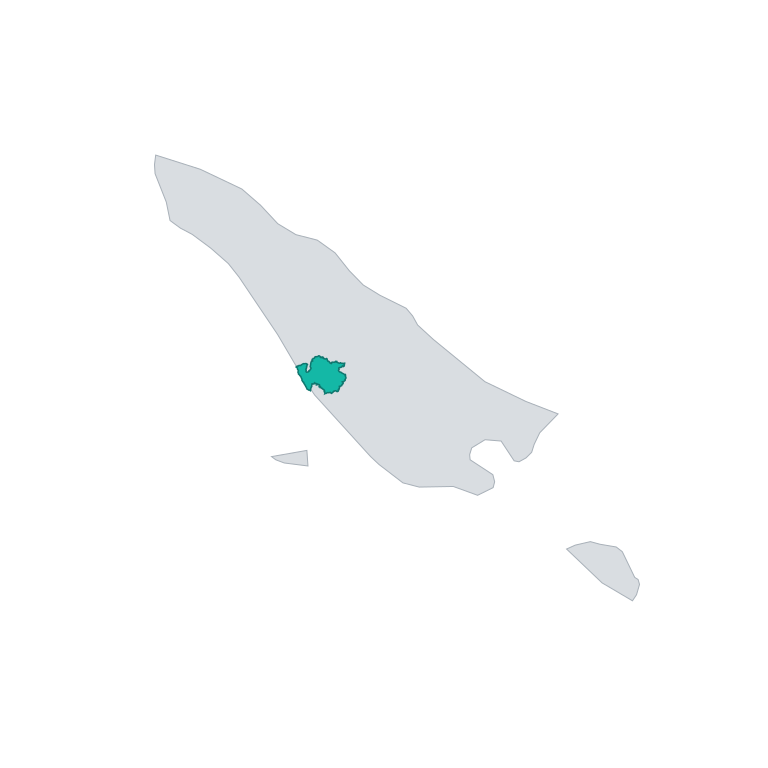 Laclo, Manatuto, East Timor (highlighted), rotated 239°
{"feature_id": "22284137B24782951850467", "entity_name": "Laclo", "entity_type": "district", "adm_level": 2, "iso_a3": "TLS", "parent_name": "East Timor", "parent_adm1": "Manatuto", "projection": "albers", "projection_center": [125.887, -8.591], "detail": "fine", "context": "in_parent", "style": "filled", "palette": "teal", "viewbox_px": 768, "rotation_deg": 239, "n_neighbors": 0, "source": "geoboundaries", "source_scale": "gbopen_adm2", "svg_char_len": 6421}
<svg xmlns="http://www.w3.org/2000/svg" viewBox="0 0 768 768"><g transform="rotate(239 384 384)"><path d="M268.7,517.8L262.0,492.4L254.9,481.6L249.4,475.4L247.5,467.7L247.8,459.7L251.1,456.0L274.8,455.0L284.2,441.9L284.1,426.3L279.3,421.0L274.7,418.8L250.2,430.6L243.2,428.5L239.0,424.2L240.4,406.9L260.5,390.6L277.5,361.1L289.5,349.3L317.5,338.3L328.8,335.1L410.2,318.9L429.6,317.8L481.2,318.3L550.3,314.8L567.4,312.6L589.6,305.5L611.0,296.7L622.4,289.8L634.3,284.8L652.1,291.1L682.2,296.1L690.3,300.3L697.8,306.2L662.7,337.1L624.3,362.6L600.6,370.3L576.1,375.5L557.4,385.4L541.7,400.9L521.6,409.6L498.9,412.6L479.5,417.2L462.0,426.3L437.5,442.0L427.6,443.6L417.2,443.2L396.9,449.2L334.0,471.7L296.0,496.6L268.7,517.8ZM70.2,485.3L101.2,468.5L148.5,455.5L147.4,464.9L142.6,479.7L135.4,486.6L124.7,499.1L117.5,501.9L89.1,499.3L85.5,501.1L80.6,499.8L73.3,491.9L70.2,485.3ZM379.7,250.2L366.8,283.7L352.9,276.6L367.7,257.8L374.8,252.2L379.7,250.2Z" fill="#d9dde1" stroke="#a8b0b8" stroke-width="1"/><path d="M443.8,317.4L443.5,317.5L443.1,318.0L442.9,318.0L442.4,318.0L442.0,317.8L441.9,317.7L441.4,317.6L440.9,317.4L440.8,317.5L440.4,317.5L440.1,317.6L439.9,317.6L439.4,317.4L439.1,317.1L438.8,316.6L438.4,316.3L438.0,316.2L437.8,316.3L437.5,316.3L437.2,316.1L436.5,315.8L436.0,316.1L435.4,316.2L434.8,316.1L434.6,316.3L434.0,316.3L433.6,316.5L433.4,316.6L432.5,316.4L432.1,316.2L431.7,316.3L431.0,316.2L430.3,316.2L429.8,315.7L429.1,315.5L428.6,315.6L428.2,315.6L427.6,315.5L427.4,315.7L427.0,316.0L426.7,316.0L426.3,315.9L425.9,315.8L425.6,315.6L425.3,315.7L424.9,315.7L424.4,315.8L423.8,315.7L422.9,315.8L422.3,315.6L422.0,315.7L419.4,315.5L419.2,315.4L419.1,315.5L418.0,316.2L417.7,316.2L417.6,316.4L417.2,316.9L416.1,317.5L416.4,317.8L416.6,318.0L417.0,318.1L417.2,318.4L417.7,318.7L417.8,318.9L418.3,319.5L418.6,319.7L418.7,320.2L419.1,320.4L419.1,320.8L419.9,321.2L420.5,321.8L421.2,322.2L421.1,322.7L420.7,322.8L420.4,323.3L420.5,323.5L420.4,324.0L420.4,324.4L420.5,324.5L420.7,324.8L420.3,324.8L419.9,324.9L420.1,325.2L420.0,325.6L419.3,325.8L419.3,326.1L419.1,326.2L419.0,326.4L418.8,326.4L418.6,326.5L418.5,326.8L418.3,326.8L417.9,326.1L417.8,326.5L417.7,326.6L417.6,327.4L417.4,327.5L417.3,327.8L417.2,327.9L416.8,328.0L416.6,328.3L416.2,328.2L415.9,327.9L415.8,327.5L415.4,327.1L415.0,327.0L414.8,328.0L414.6,328.2L414.2,328.1L413.9,328.1L414.2,327.8L414.2,327.7L413.9,327.5L413.7,328.0L413.4,327.9L413.3,328.0L412.8,328.2L412.6,328.4L412.3,328.4L411.9,328.6L411.9,328.8L411.5,328.8L411.3,329.0L410.8,329.0L410.6,329.2L410.0,329.3L409.8,329.4L409.8,329.6L409.5,329.6L409.3,329.6L409.2,329.5L409.0,329.4L408.8,329.5L408.3,329.4L408.2,328.8L407.8,328.8L406.8,328.8L406.5,328.6L406.2,328.3L406.2,328.7L406.0,329.0L405.8,329.3L405.8,330.1L405.8,330.4L405.8,330.8L405.7,331.2L405.4,331.5L405.2,331.8L404.9,332.4L404.7,332.8L404.6,333.6L404.3,333.8L403.3,333.9L403.0,334.1L402.9,334.3L403.2,335.2L403.2,335.7L403.2,335.8L403.2,336.0L403.3,336.1L403.4,336.5L403.6,336.8L403.5,337.1L403.7,337.4L403.6,337.7L403.4,337.8L403.4,338.0L403.5,338.2L403.3,338.5L403.2,339.0L402.9,339.3L402.1,339.5L401.6,339.9L401.5,340.2L401.4,340.9L401.8,341.1L401.9,341.7L402.2,341.8L402.3,341.9L402.5,342.1L402.5,342.3L402.9,342.2L403.0,342.7L403.2,343.0L403.1,343.3L403.5,343.6L403.6,343.8L404.0,344.1L404.1,344.3L404.6,344.3L405.0,344.5L404.8,344.9L404.7,345.2L404.5,345.6L404.5,346.3L404.4,346.8L404.4,347.0L404.9,347.3L405.1,347.5L405.2,348.0L405.2,348.6L405.3,348.8L405.5,348.6L405.7,348.8L405.7,349.3L405.9,349.5L406.1,349.5L406.5,349.7L407.0,349.6L407.3,349.4L407.3,349.6L407.1,349.8L406.9,350.0L406.8,350.8L407.0,351.3L407.0,351.9L407.0,352.0L407.1,352.5L407.4,352.6L407.5,352.8L407.8,352.7L407.9,352.9L407.7,353.0L408.2,353.4L408.4,353.8L408.5,354.0L408.7,354.5L409.1,354.7L409.6,354.7L410.4,355.1L410.5,355.1L410.8,354.9L411.1,355.0L411.4,355.2L411.4,355.6L412.0,355.8L412.1,355.4L412.3,355.1L412.7,355.0L413.3,354.7L415.8,353.2L416.5,353.1L416.8,352.5L417.1,352.2L417.8,352.0L418.1,351.9L418.4,352.0L419.0,351.9L419.5,352.5L419.6,353.0L420.1,353.2L420.6,353.2L421.0,353.5L421.1,353.9L420.8,354.6L420.7,354.9L420.8,355.1L420.7,355.2L420.4,355.6L420.4,356.2L420.5,356.5L420.4,356.7L420.6,356.8L420.9,357.5L420.9,357.8L420.4,358.1L420.3,358.4L420.3,358.5L419.9,358.4L419.9,358.5L420.1,358.6L419.9,359.1L420.0,359.2L420.2,359.5L421.0,359.7L421.1,360.0L421.5,360.3L421.5,360.6L422.0,360.9L422.1,361.0L422.4,360.6L422.5,359.7L422.7,359.4L423.0,359.2L423.4,358.8L423.6,358.3L423.9,358.0L424.3,357.7L424.6,357.7L424.7,357.4L424.6,357.0L424.8,356.3L425.5,355.9L426.0,355.4L426.5,355.3L427.1,354.6L427.3,354.6L427.7,354.8L427.8,355.0L427.9,354.9L428.2,354.4L427.9,354.3L427.9,354.0L428.0,353.5L428.2,353.4L428.1,352.8L428.4,352.5L428.7,351.8L429.0,351.5L429.1,351.2L429.4,350.9L429.4,350.6L429.2,350.5L429.4,350.2L429.1,349.9L428.9,349.7L429.2,349.6L428.9,349.3L428.9,349.1L429.2,348.9L429.3,349.1L429.4,348.9L429.6,348.7L430.1,348.5L430.8,348.4L431.3,348.5L431.8,348.4L432.1,348.2L432.6,347.6L433.4,347.7L433.8,347.7L434.3,348.0L435.0,348.1L435.4,348.0L435.5,347.7L435.4,347.3L435.5,346.9L435.8,346.4L436.3,346.1L436.5,346.0L436.5,345.7L437.0,345.4L437.6,345.4L437.7,345.6L437.8,345.6L438.6,345.5L438.9,345.1L438.5,344.4L439.1,344.3L439.1,344.2L439.3,343.7L439.5,343.9L439.8,343.7L439.7,343.5L439.4,343.5L439.4,343.4L439.9,343.2L440.0,343.4L440.1,343.5L440.4,343.4L441.0,343.3L441.7,342.8L441.8,342.5L441.7,341.8L441.8,341.3L442.0,340.5L442.7,339.3L442.8,339.0L442.6,338.5L442.1,337.8L442.0,337.4L442.1,336.9L442.4,336.5L442.2,336.2L442.2,335.9L442.0,335.4L442.1,335.1L441.8,334.9L441.5,334.9L441.2,334.8L440.5,334.7L440.4,334.6L440.6,334.3L440.7,334.2L440.9,334.3L441.0,334.2L441.0,333.7L439.9,332.3L437.5,330.3L437.3,330.1L437.2,329.9L436.9,329.7L436.7,329.6L435.2,329.7L435.1,329.4L434.6,329.0L434.6,328.6L434.1,327.9L434.1,327.4L433.8,327.0L434.0,326.6L434.0,326.4L433.5,326.2L433.4,325.3L433.9,323.8L434.4,323.6L435.3,323.7L435.5,323.9L435.6,324.2L435.8,324.4L436.5,324.6L436.8,324.5L437.1,324.7L437.2,325.3L437.4,325.6L437.8,325.8L438.1,326.3L438.3,326.4L438.8,326.5L439.0,326.7L439.1,327.3L439.8,327.6L440.1,327.7L440.1,327.9L440.0,328.4L440.1,328.5L440.3,328.5L441.4,328.0L441.7,327.7L442.0,327.2L442.2,326.6L442.9,325.5L443.0,325.1L443.0,322.6L442.8,322.4L442.7,322.2L443.1,321.6L443.7,320.7L443.5,319.9L443.6,319.6L443.7,319.3L444.1,318.9L443.9,318.2L443.8,317.4Z" fill="#14b8a6" stroke="#0f766e" stroke-width="1.5"/></g></svg>